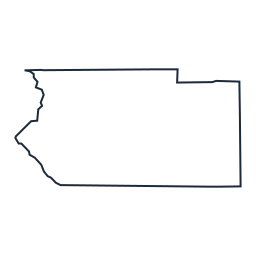 Fremont, Colorado, United States of America (Albers equal-area conic projection)
{"feature_id": "52423323B14267745196837", "entity_name": "Fremont", "entity_type": "district", "adm_level": 2, "iso_a3": "USA", "parent_name": "United States of America", "parent_adm1": "Colorado", "projection": "albers", "projection_center": [-105.647, 38.478], "detail": "fine", "context": "isolated", "style": "outline", "palette": "slate", "viewbox_px": 256, "rotation_deg": 0, "n_neighbors": 0, "source": "geoboundaries", "source_scale": "gbopen_adm2", "svg_char_len": 574}
<svg xmlns="http://www.w3.org/2000/svg" viewBox="0 0 256 256"><path d="M239.9,116.4L239.4,81.6L216.1,80.9L212.4,82.1L181.4,82.5L177.1,82.5L177.6,69.3L158.5,69.3L43.0,70.2L41.5,69.9L24.6,70.3L29.7,71.2L33.7,74.0L33.8,77.6L37.5,81.8L35.9,87.4L41.8,89.7L43.7,94.9L40.7,102.6L42.1,105.8L38.3,109.3L37.2,120.7L31.1,121.2L15.8,136.4L15.4,138.1L18.7,143.5L21.4,143.6L29.0,151.5L29.6,154.7L34.8,157.7L41.3,164.8L43.9,171.5L47.7,176.2L50.9,177.6L55.9,182.8L60.6,185.1L212.4,186.7L217.8,186.7L240.6,186.4L240.3,156.0L239.9,116.4Z" fill="none" stroke="#1e293b" stroke-width="2"/></svg>